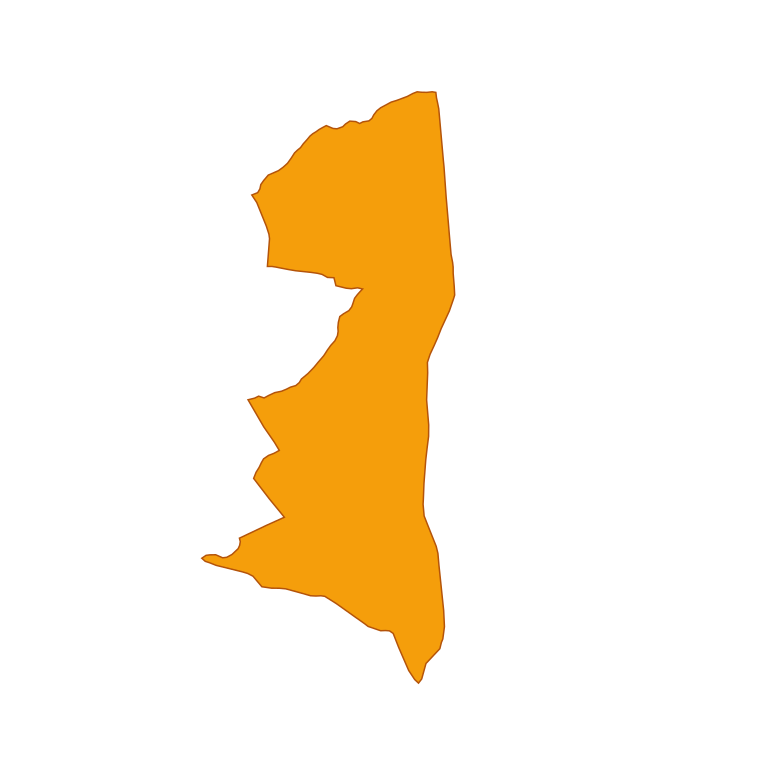 outline of Roysambu, Nairobi, Kenya, rotated 312°
{"feature_id": "3690345B88472168203612", "entity_name": "Roysambu", "entity_type": "district", "adm_level": 2, "iso_a3": "KEN", "parent_name": "Kenya", "parent_adm1": "Nairobi", "projection": "orthographic", "projection_center": [36.883, -1.208], "detail": "fine", "context": "isolated", "style": "filled", "palette": "amber", "viewbox_px": 768, "rotation_deg": 312, "n_neighbors": 0, "source": "geoboundaries", "source_scale": "gbopen_adm2", "svg_char_len": 2487}
<svg xmlns="http://www.w3.org/2000/svg" viewBox="0 0 768 768"><g transform="rotate(312 384 384)"><path d="M436.0,159.3L433.7,168.1L422.6,190.9L418.3,198.3L415.4,201.7L393.3,218.7L396.4,222.1L398.5,225.3L400.5,228.7L402.9,232.7L405.2,236.5L409.0,242.5L418.0,254.9L421.7,260.4L424.0,264.6L425.4,270.7L429.5,275.7L424.9,282.5L429.9,291.8L433.0,296.0L437.8,300.0L440.3,304.5L436.5,304.4L432.8,304.4L428.0,304.8L423.1,307.0L419.7,308.4L415.0,308.8L409.4,307.0L404.6,306.0L399.3,308.8L395.1,311.9L392.4,314.7L388.7,317.1L383.3,318.6L377.1,318.6L371.6,319.2L364.7,320.3L356.3,320.5L349.3,320.8L340.9,320.5L332.5,319.3L328.4,320.1L323.8,319.5L319.1,316.6L314.7,314.9L310.1,312.7L304.5,308.6L298.4,306.0L293.4,304.2L291.1,299.0L286.9,297.3L281.3,293.5L271.7,323.3L267.4,341.4L264.6,350.6L258.8,348.6L253.7,346.0L247.8,344.6L243.6,345.5L238.5,347.0L232.8,348.0L226.6,350.3L221.9,375.7L219.1,394.1L218.3,399.1L200.5,391.3L172.7,379.7L170.7,382.7L167.5,384.7L164.0,385.8L160.4,385.5L155.6,385.1L150.0,383.1L146.9,380.4L144.5,373.2L140.4,368.8L137.6,366.4L132.6,365.2L132.6,369.8L134.5,374.1L136.9,380.6L149.6,404.4L152.0,409.5L153.5,415.2L151.6,428.9L157.0,437.0L162.2,442.9L166.0,448.0L172.4,460.7L177.5,471.1L180.9,475.3L184.4,478.8L186.6,482.1L188.9,495.5L191.5,518.3L192.9,530.0L193.2,534.4L198.4,546.6L201.8,550.1L204.2,553.2L204.8,557.7L198.0,571.3L187.6,594.1L184.9,604.6L184.8,609.8L190.0,609.4L204.4,602.2L224.7,602.6L230.3,599.6L233.9,598.3L244.1,591.3L255.6,579.9L285.9,546.3L294.2,537.4L298.3,531.4L308.5,510.7L312.8,502.1L320.8,493.5L324.4,490.6L336.9,480.2L355.7,465.7L365.1,459.0L374.9,452.2L383.5,444.6L400.7,426.3L421.5,409.0L429.1,401.8L436.8,398.4L445.6,395.7L453.9,393.0L463.5,389.4L482.0,383.7L493.8,378.7L497.4,377.0L500.5,373.9L503.6,370.8L512.6,361.3L517.2,357.1L520.3,353.6L525.1,347.2L537.6,333.8L540.6,330.6L545.7,325.2L564.5,305.1L585.8,283.0L589.7,278.7L625.2,240.5L629.0,235.4L631.8,231.5L635.4,227.4L633.4,224.3L629.4,220.7L625.7,216.4L623.3,213.1L619.1,211.0L613.3,208.9L603.1,203.6L598.3,200.7L587.2,196.7L582.3,195.9L577.2,196.3L573.3,197.3L569.4,196.7L564.7,192.9L561.3,191.6L560.1,187.4L556.5,182.7L551.4,181.4L547.6,181.2L542.2,178.3L539.8,175.1L537.4,168.2L533.6,166.8L529.8,165.5L526.0,164.7L522.3,163.6L518.8,163.1L514.1,163.3L508.5,163.3L503.8,163.8L499.9,163.2L495.9,162.9L489.8,163.9L483.5,164.6L477.6,164.0L471.9,162.8L461.8,158.2L454.8,158.4L449.8,159.0L446.0,161.2L441.7,162.1L436.0,159.3Z" fill="#f59e0b" stroke="#b45309" stroke-width="1.5"/></g></svg>